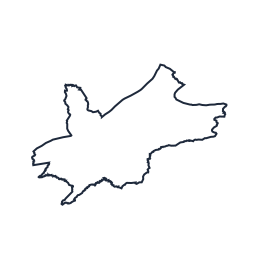 outline of Mueang Nong Bua Lam Phu, Nong Bua Lam Phu, Thailand, rotated 255°
{"feature_id": "78962969B75435650034529", "entity_name": "Mueang Nong Bua Lam Phu", "entity_type": "district", "adm_level": 2, "iso_a3": "THA", "parent_name": "Thailand", "parent_adm1": "Nong Bua Lam Phu", "projection": "equal_earth", "projection_center": [102.349, 17.151], "detail": "fine", "context": "isolated", "style": "outline", "palette": "slate", "viewbox_px": 256, "rotation_deg": 255, "n_neighbors": 0, "source": "geoboundaries", "source_scale": "gbopen_adm2", "svg_char_len": 5600}
<svg xmlns="http://www.w3.org/2000/svg" viewBox="0 0 256 256"><g transform="rotate(255 128 128)"><path d="M129.8,30.6L128.1,31.2L127.5,30.8L126.2,31.4L125.6,30.8L125.0,28.2L124.4,27.7L123.0,27.7L122.0,28.6L121.2,28.9L120.5,28.2L120.3,28.4L120.1,27.9L119.5,27.7L119.0,27.9L118.2,27.2L117.7,27.4L117.4,27.0L116.6,26.9L115.0,42.5L114.6,42.1L113.9,42.6L113.1,42.1L112.7,40.9L112.2,40.5L111.2,40.3L110.2,38.3L109.8,38.3L109.5,37.5L108.7,37.5L108.7,37.2L108.5,36.8L107.9,36.8L107.5,35.8L106.4,35.1L106.1,33.9L104.4,31.8L104.6,30.9L103.9,29.1L103.7,29.0L103.3,29.4L103.5,29.8L103.0,30.7L102.9,31.2L103.1,31.3L102.7,32.3L103.1,34.1L103.0,34.6L103.4,35.0L103.2,35.5L103.4,35.8L103.5,35.6L103.6,35.9L103.4,36.0L103.7,36.5L103.4,36.6L103.4,37.7L103.1,37.6L102.7,38.9L102.7,39.2L103.1,39.2L102.8,39.4L103.1,39.8L102.6,40.3L102.5,41.5L102.2,41.3L101.9,41.7L101.4,43.2L100.9,43.2L101.1,43.5L100.5,44.5L100.5,45.2L100.0,45.1L99.6,46.2L98.8,46.1L98.4,46.4L98.3,47.3L97.5,48.0L96.5,48.1L96.2,48.8L96.4,49.2L96.2,49.9L96.4,50.3L95.7,51.1L95.3,50.9L95.1,51.2L95.2,51.7L94.9,52.0L95.1,52.7L94.7,53.5L93.5,53.2L93.5,53.7L93.0,53.8L93.0,54.3L92.7,54.1L92.5,54.5L90.4,56.0L88.2,56.4L87.4,57.9L86.9,58.3L86.6,59.5L86.1,59.8L85.6,59.7L85.3,58.7L85.0,58.5L83.0,58.3L82.5,57.9L80.9,57.8L75.9,49.3L74.9,48.3L74.9,46.6L73.9,45.2L73.2,45.2L72.4,44.4L71.6,44.2L70.9,44.9L72.2,48.0L71.9,48.3L71.7,49.5L70.9,50.0L71.0,50.7L70.5,50.9L70.3,52.0L70.5,53.5L70.9,54.1L71.5,56.5L71.6,58.0L72.1,58.2L73.1,57.5L74.3,59.0L74.7,60.6L75.7,61.5L76.1,62.2L76.0,63.6L77.1,66.9L78.4,68.0L78.5,68.8L78.9,69.0L79.0,70.1L79.4,70.3L79.5,70.7L79.9,70.6L80.4,71.1L80.6,72.3L80.9,72.5L80.7,72.9L81.1,73.0L81.1,73.5L81.4,73.5L81.6,75.0L81.9,74.9L82.2,75.6L82.8,76.0L82.7,76.2L82.9,77.9L82.6,78.7L82.4,78.5L82.6,79.0L82.2,79.5L82.4,79.8L82.0,80.7L82.1,81.1L81.5,81.2L81.7,81.5L81.4,81.7L82.4,82.5L82.5,82.3L82.7,82.9L82.9,82.5L83.2,82.8L83.2,83.7L83.5,84.4L82.8,84.7L82.6,85.7L82.9,86.1L82.7,86.3L83.0,86.7L83.3,86.4L83.7,86.5L83.8,87.2L84.0,87.3L83.7,87.9L83.9,88.2L83.6,88.1L83.7,88.4L83.5,88.6L84.5,90.6L84.7,91.0L85.5,91.4L85.4,92.0L85.6,92.2L86.0,91.9L86.0,92.3L85.2,93.2L84.7,92.4L84.5,92.8L84.3,92.3L84.0,92.7L84.0,92.4L83.7,92.5L83.3,93.2L82.9,93.3L82.8,95.1L82.6,94.9L82.2,95.5L81.8,95.4L81.9,95.8L81.6,96.5L81.4,96.4L81.4,96.9L80.6,97.7L80.3,97.4L80.0,97.7L79.8,97.5L79.2,98.2L78.3,97.4L77.7,98.0L77.2,98.0L77.3,98.4L76.3,98.8L76.3,99.1L75.8,99.0L74.8,99.8L74.6,101.7L74.0,102.2L74.0,102.8L73.8,102.6L73.4,102.8L73.0,104.1L71.4,106.1L73.2,107.6L74.0,109.5L74.0,110.5L74.8,111.1L75.3,112.7L74.0,117.0L73.4,121.3L72.6,120.9L71.8,121.9L72.6,124.9L72.0,127.2L74.7,129.5L77.2,130.0L78.9,131.6L80.1,134.6L80.1,135.4L79.9,136.0L80.9,136.4L82.7,136.2L83.7,137.7L83.9,138.5L86.8,138.1L88.7,139.0L89.8,138.2L90.7,139.1L92.0,138.6L92.9,138.9L92.6,141.0L93.3,141.1L93.3,141.5L94.3,141.4L95.4,142.4L95.9,142.4L96.2,142.0L97.2,142.3L96.9,142.8L98.6,145.4L98.4,146.3L99.1,146.7L99.6,149.2L99.2,152.1L99.8,152.5L99.6,153.8L100.0,154.1L100.3,154.8L101.0,155.0L100.9,156.3L100.6,156.7L100.8,156.9L100.5,158.9L100.8,160.7L100.6,161.8L100.9,162.9L99.7,165.2L98.7,169.4L100.5,174.8L100.1,178.3L100.7,178.9L100.3,180.7L100.7,181.5L99.5,184.1L99.5,184.9L99.9,184.8L98.4,187.5L98.8,187.8L99.4,189.9L98.8,191.1L98.6,193.1L97.4,196.7L98.3,199.6L97.9,200.9L98.0,205.8L97.5,208.3L97.6,209.9L99.5,212.0L100.7,211.6L101.1,210.5L102.6,208.7L103.7,208.4L104.7,208.8L106.3,211.2L107.1,214.2L107.6,214.6L108.4,214.7L109.1,215.8L109.7,215.9L110.5,215.1L111.0,215.0L112.2,215.3L113.6,213.5L114.4,213.7L115.4,215.3L115.1,216.8L115.4,219.4L114.0,224.0L115.4,224.7L116.2,225.5L117.2,225.1L117.6,225.3L117.7,224.9L118.0,225.4L118.9,224.9L118.9,224.3L119.6,224.0L122.0,224.8L123.5,227.2L123.5,227.9L124.3,228.9L124.8,229.1L125.2,229.1L127.0,226.4L127.3,223.7L128.1,220.4L128.2,217.9L129.3,213.3L129.7,209.4L131.0,205.7L132.5,202.9L132.6,200.2L133.5,196.2L134.3,195.1L134.5,194.1L137.9,188.0L143.0,182.1L145.0,181.6L146.0,181.0L148.5,181.7L149.9,182.7L152.2,186.1L155.3,193.4L156.7,191.6L157.3,191.8L157.9,190.4L158.6,190.2L158.6,189.3L158.9,189.2L158.9,188.9L162.5,188.0L162.5,187.4L163.2,187.2L163.2,186.4L165.0,185.8L165.6,185.1L165.9,185.5L167.2,184.8L167.8,185.2L168.2,184.9L169.2,186.2L169.3,187.5L169.9,187.6L170.0,186.9L174.3,183.8L177.1,180.2L178.9,179.3L180.8,175.7L177.4,173.0L176.0,170.9L171.3,166.8L169.2,164.4L166.0,158.0L162.3,151.7L161.5,150.0L160.5,146.8L158.6,139.2L157.3,132.3L156.6,130.0L152.2,120.9L149.7,116.7L148.4,113.7L147.1,109.5L145.3,105.6L145.9,105.8L147.5,104.8L148.9,105.2L150.2,104.1L152.4,103.5L152.0,101.5L152.3,98.3L153.8,97.0L155.2,94.3L155.9,93.7L156.7,93.6L158.5,94.7L160.4,95.1L161.2,95.7L162.6,95.9L164.1,95.8L164.7,95.1L165.6,95.0L166.2,94.3L166.6,94.4L167.6,95.7L176.9,92.6L177.7,90.9L178.4,92.0L178.7,91.8L179.2,92.2L180.4,89.4L182.6,88.8L182.7,87.8L182.4,87.0L182.8,86.7L182.9,85.9L183.4,86.0L183.4,85.7L183.7,85.6L183.5,85.2L183.9,85.3L184.4,84.4L184.2,84.1L184.7,83.4L184.5,82.9L184.7,82.3L184.4,82.1L184.5,81.6L184.8,81.6L184.6,81.1L185.0,80.3L185.3,80.2L185.1,79.7L185.5,79.6L185.5,79.3L185.7,79.1L185.4,79.0L185.4,78.5L185.1,78.2L184.1,78.6L183.2,78.3L181.5,78.9L179.9,78.7L180.0,77.5L180.4,76.8L179.0,76.3L177.2,76.9L174.9,76.9L171.8,74.6L171.3,73.6L170.8,73.4L169.3,74.1L167.7,73.8L165.6,75.2L163.7,75.9L162.7,75.5L161.7,74.7L160.6,75.3L159.7,74.5L158.6,74.2L157.0,74.7L156.6,75.3L155.7,75.6L154.6,74.8L151.0,70.8L150.3,71.0L148.8,70.1L147.7,70.4L143.1,69.1L140.6,69.5L135.5,71.4L135.3,71.2L135.2,70.3L135.9,62.8L136.2,52.4L135.6,50.0L134.8,44.8L133.1,40.1L131.9,34.7L129.8,30.6Z" fill="none" stroke="#1e293b" stroke-width="2"/></g></svg>